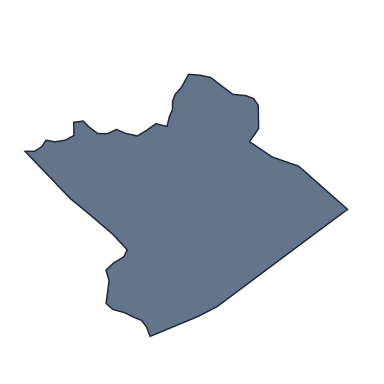 Juarez Távora, Paraíba, Brazil (Natural Earth projection), rotated 154°
{"feature_id": "56859067B57466026178175", "entity_name": "Juarez Távora", "entity_type": "district", "adm_level": 2, "iso_a3": "BRA", "parent_name": "Brazil", "parent_adm1": "Paraíba", "projection": "natural_earth1", "projection_center": [-35.563, -7.162], "detail": "fine", "context": "isolated", "style": "filled", "palette": "slate", "viewbox_px": 384, "rotation_deg": 154, "n_neighbors": 0, "source": "geoboundaries", "source_scale": "gbopen_adm2", "svg_char_len": 843}
<svg xmlns="http://www.w3.org/2000/svg" viewBox="0 0 384 384"><g transform="rotate(154 192 192)"><path d="M59.8,108.2L84.8,168.4L104.6,188.3L118.2,212.0L104.3,219.8L94.5,240.8L95.6,248.8L101.2,254.9L112.5,261.9L118.5,273.6L125.0,286.7L133.2,293.2L143.5,299.3L155.8,290.6L164.4,287.1L169.7,282.0L173.5,274.5L179.2,269.7L185.7,261.9L194.6,269.2L204.8,267.5L216.5,266.3L226.3,274.1L232.6,281.4L242.2,281.4L251.1,285.9L256.0,295.4L258.6,303.4L267.7,306.5L273.4,294.5L283.5,294.2L293.4,297.3L300.4,302.5L307.1,298.6L315.5,297.6L324.2,301.7L304.2,239.2L293.9,216.8L281.6,188.3L275.6,168.4L281.6,163.7L293.4,162.6L303.5,159.6L305.4,148.7L311.4,139.5L318.1,129.5L314.6,121.1L305.7,113.3L299.2,104.9L293.7,98.8L292.0,90.6L292.9,80.6L241.3,77.5L219.6,78.0L204.5,80.9L95.9,101.5L59.8,108.2Z" fill="#64748b" stroke="#1e293b" stroke-width="1.5"/></g></svg>